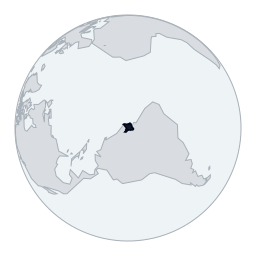 the Earth from above Amapá, rotated 291°
{"feature_id": "BRA-681", "entity_name": "Amapá", "entity_type": "State", "adm_level": 1, "iso_a3": "BRA", "parent_name": "Brazil", "parent_adm1": "", "projection": "orthographic", "projection_center": [-52.454, 1.611], "detail": "fine", "context": "on_globe", "style": "filled", "palette": "ink", "viewbox_px": 256, "rotation_deg": 291, "n_neighbors": 0, "source": "natural_earth", "source_scale": "10m", "svg_char_len": 9842}
<svg xmlns="http://www.w3.org/2000/svg" viewBox="0 0 256 256"><g transform="rotate(291 128 128)"><circle cx="128" cy="128" r="113" fill="#eef3f6" stroke="#a8b0b8"/><path d="M90.6,21.8L87.7,23.1L91.5,22.1L91.9,24.7L94.1,23.8L95.7,24.7L98.8,24.0L98.0,25.0L101.2,23.7L101.3,22.9L102.8,22.1L104.7,21.8L103.9,22.9L102.9,23.2L103.7,23.4L102.5,24.2L104.1,23.6L103.0,25.2L106.9,23.2L108.3,24.1L106.8,25.3L103.4,25.8L91.5,30.8L89.0,32.7L88.8,34.8L96.0,37.2L94.7,39.4L95.5,42.0L97.8,40.3L98.0,37.8L102.6,35.7L102.4,33.2L104.2,32.1L105.3,29.6L109.0,29.5L111.9,30.9L111.2,33.1L112.4,33.9L116.3,31.7L117.9,36.0L124.1,39.6L124.1,41.0L118.5,43.4L110.6,43.4L103.4,47.9L112.0,44.7L111.8,48.8L113.4,49.5L115.6,49.3L117.2,47.8L118.0,49.3L109.8,52.7L109.0,51.3L111.6,50.2L107.9,50.4L102.3,53.3L102.7,55.4L93.9,58.6L94.1,60.3L92.3,62.2L92.6,59.2L91.8,64.9L81.6,71.6L80.3,82.6L77.4,74.2L73.7,73.3L69.2,73.6L68.9,75.3L63.3,74.3L57.4,78.2L53.8,87.1L54.7,93.8L61.0,93.9L63.5,90.0L68.5,89.1L63.6,99.6L72.1,101.0L70.5,109.0L72.8,113.1L77.4,112.0L82.0,113.9L85.8,109.2L91.6,106.7L91.3,113.2L94.9,107.2L98.0,110.4L109.9,110.1L108.9,111.6L118.8,119.4L130.2,122.9L132.9,127.8L131.5,130.7L135.5,131.6L135.6,133.6L152.3,136.7L161.2,141.7L161.1,148.6L154.1,156.4L148.8,172.9L136.6,178.2L134.1,184.8L125.8,194.2L118.3,193.4L121.2,198.1L117.6,200.9L112.9,201.0L112.8,204.3L109.4,204.3L112.2,206.4L107.8,210.5L110.4,213.9L107.5,217.1L109.4,219.0L107.8,218.9L106.6,219.6L106.9,220.7L101.6,218.8L98.8,214.5L99.6,212.3L97.6,211.9L99.2,206.1L97.4,207.3L95.6,198.4L97.1,190.9L95.8,168.9L93.0,164.5L84.4,159.3L74.1,142.8L76.4,136.0L74.3,132.9L81.1,123.3L79.6,114.5L77.3,113.3L74.8,116.6L67.2,111.2L65.1,104.6L44.8,94.6L43.4,91.4L44.4,86.1L43.2,69.9L41.2,85.3L39.6,82.3L39.5,76.9L40.9,75.5L42.5,67.7L41.9,65.0L46.3,55.9L56.5,44.7L55.9,46.3L58.4,43.7L59.3,41.8L59.3,41.2L69.1,32.6L72.8,29.8L81.5,25.4L90.6,21.8ZM79.1,86.4L88.9,91.7L82.7,92.4L84.0,91.4L81.7,89.2L77.1,87.2L71.8,88.5L79.1,86.4ZM84.8,80.2L83.1,79.8L84.9,79.7L84.8,80.2ZM58.9,41.3L59.1,42.0L57.4,44.3L57.0,43.9L58.9,41.3ZM62.4,37.4L63.1,37.1L60.3,39.4L60.7,38.8L62.4,37.4ZM103.3,29.9L104.3,29.8L103.5,30.3L103.3,29.9ZM102.8,29.0L101.2,29.7L100.8,29.4L101.7,29.0L102.8,29.0ZM104.9,28.3L100.1,28.8L99.4,28.4L102.5,26.4L104.9,28.3ZM100.6,22.8L100.5,23.6L98.9,23.4L100.6,22.8ZM99.2,22.9L92.0,23.8L93.1,22.7L95.2,22.5L95.2,21.6L99.3,20.6L100.2,20.8L98.7,21.7L101.4,20.7L99.2,22.9ZM103.3,21.8L101.7,22.0L102.5,21.0L105.8,20.5L104.5,21.0L103.3,21.8ZM93.2,21.9L94.4,21.3L98.0,20.2L98.9,19.9L99.4,20.5L93.2,21.9ZM105.2,21.0L107.4,20.3L108.7,20.5L104.8,21.6L105.2,21.0ZM101.4,21.0L101.9,20.6L102.7,20.6L101.4,21.0ZM114.6,21.3L112.7,21.3L113.0,20.7L114.6,21.3ZM108.1,20.1L107.6,20.0L107.5,19.9L109.2,19.5L108.1,20.1ZM101.9,19.8L103.2,19.6L101.9,19.5L104.5,18.9L104.4,19.4L105.6,18.9L106.4,18.8L105.4,19.5L101.9,19.8ZM110.5,18.7L111.3,19.6L114.7,19.6L114.5,20.0L109.1,20.0L110.5,18.7ZM107.6,19.1L109.4,18.9L108.3,19.4L106.4,19.9L107.6,19.1ZM106.4,18.3L102.4,19.1L102.5,18.9L106.4,18.3ZM111.7,18.6L111.5,18.4L112.1,18.5L111.7,18.6ZM108.3,18.2L106.8,18.5L107.1,18.3L108.3,18.2ZM112.3,17.9L112.5,18.2L111.3,18.4L112.3,17.9ZM110.6,18.0L111.3,17.7L110.7,18.4L109.9,18.1L110.6,18.0ZM108.7,18.0L108.4,18.0L109.3,18.0L108.7,18.0ZM117.0,17.1L116.5,17.8L113.7,18.3L114.6,17.4L117.0,17.1ZM110.8,222.6L102.3,219.5L106.9,220.9L109.0,219.3L113.8,221.7L110.8,222.6ZM117.4,218.5L120.5,217.6L121.5,218.1L119.7,218.9L117.4,218.5ZM209.0,49.8L207.3,48.1L204.4,45.2L205.8,46.7L207.5,48.3L208.4,49.4L206.9,48.1L205.9,47.1L204.9,46.5L209.7,52.2L212.0,54.4L211.1,55.9L214.7,59.8L215.5,61.8L209.7,56.0L208.0,53.8L199.6,48.3L201.3,50.6L209.4,56.2L208.2,55.8L210.6,59.6L207.9,56.5L198.7,50.4L195.9,52.4L197.5,62.4L194.8,63.6L190.1,62.3L184.2,52.9L191.0,51.2L189.0,48.4L183.1,44.8L185.7,44.8L184.1,43.3L186.3,42.8L184.8,39.0L186.3,38.4L181.5,34.3L181.6,33.6L184.4,36.1L187.2,37.7L190.4,37.0L189.7,36.1L186.3,33.6L187.6,33.9L183.9,31.7L183.7,30.7L180.9,30.2L176.8,27.9L174.3,26.1L172.5,25.4L176.6,28.4L178.6,29.7L181.2,30.9L186.4,35.2L186.2,36.1L178.9,31.7L177.9,32.8L172.6,29.4L164.9,22.7L163.8,21.6L171.1,23.9L173.8,25.1L172.5,24.7L177.6,26.9L175.3,25.8L176.4,26.3L174.2,25.3L181.8,29.1L189.2,33.4L196.2,38.4L202.8,43.8L209.0,49.8ZM231.5,83.5L227.3,75.2L226.1,72.9L225.9,72.7L225.7,72.2L227.6,75.9L225.3,72.2L232.4,85.9L234.7,92.1L235.1,93.2L237.3,100.8L238.9,108.5L240.0,116.4L240.6,124.3L240.6,132.2L240.0,140.1L238.9,148.0L237.2,155.7L235.0,163.3L233.9,166.3L230.7,174.1L229.1,177.1L226.8,181.6L223.6,186.6L219.5,191.4L216.1,192.0L218.5,188.0L220.8,180.3L225.1,161.6L228.7,152.7L229.5,146.1L226.7,131.7L227.5,123.4L226.1,120.2L223.6,121.3L221.7,117.4L219.9,117.5L206.7,121.7L201.0,116.9L190.2,101.9L191.4,95.4L188.7,88.4L194.3,64.0L198.8,64.8L207.0,60.9L208.7,61.5L211.3,66.6L220.3,72.1L219.0,67.7L223.6,70.6L224.4,70.2L218.3,60.8L217.0,61.2L213.3,56.9L211.5,52.8L212.0,53.0L217.8,60.0L223.0,67.4L227.6,75.3L231.5,83.5ZM196.3,75.7L197.0,77.7L197.0,77.8L196.3,75.7ZM110.3,110.0L111.6,111.3L109.7,111.3L110.3,110.0ZM81.6,95.1L83.8,95.2L84.8,96.2L83.1,96.5L81.6,95.1ZM101.0,95.1L103.7,95.7L100.8,96.2L101.0,95.1ZM90.5,92.4L98.8,95.0L93.1,96.8L87.9,95.4L91.7,94.8L90.5,92.4ZM83.2,83.8L84.5,84.2L83.9,85.3L83.2,83.8ZM86.2,80.2L85.6,80.3L85.1,79.4L86.2,80.2ZM112.3,48.6L112.9,48.4L115.1,48.6L113.8,49.2L112.3,48.6ZM126.3,45.7L127.2,48.3L125.6,46.8L124.0,48.0L118.8,46.6L123.8,41.7L122.5,44.0L126.3,45.7ZM113.3,43.8L116.0,44.9L112.8,43.9L113.3,43.8ZM173.4,36.9L175.6,37.5L176.9,39.2L175.0,40.9L173.1,38.4L173.4,36.9ZM178.4,38.1L171.6,33.9L172.5,32.9L173.2,34.1L174.5,33.9L175.8,35.8L183.3,39.5L184.9,41.3L180.5,42.9L181.0,41.3L178.9,40.6L178.4,38.1ZM152.8,27.6L149.9,26.6L155.7,25.8L157.7,26.9L156.0,28.4L152.5,28.0L152.8,27.6ZM111.3,25.1L109.8,25.4L110.0,25.0L111.4,24.5L111.3,25.1ZM113.7,21.3L118.0,23.8L116.5,24.2L120.8,25.7L118.5,27.3L115.8,26.2L117.3,28.7L114.0,28.4L115.4,30.1L109.7,27.5L106.7,27.5L110.8,26.8L113.0,25.3L113.0,24.7L110.9,23.0L105.7,22.8L107.0,21.5L109.3,20.7L110.7,20.6L109.4,21.4L112.3,20.7L111.6,21.7L113.7,21.3ZM135.5,16.7L133.4,16.8L139.0,17.1L138.3,17.5L139.0,17.5L139.9,18.1L142.2,18.9L141.3,19.1L142.6,19.3L143.2,19.9L144.6,20.3L143.6,20.9L145.3,21.6L143.9,21.6L147.0,22.7L144.2,22.2L144.8,23.0L147.2,23.0L138.2,26.9L136.7,29.4L136.9,32.0L132.0,31.2L128.7,28.5L126.8,25.4L129.1,23.3L126.5,23.6L126.8,22.7L128.7,22.9L125.9,22.1L126.7,21.5L125.0,19.8L120.5,19.5L119.8,19.0L121.9,18.8L119.7,18.5L123.2,17.9L122.8,17.6L125.9,16.9L130.3,17.0L129.4,16.7L131.7,16.4L135.5,16.7ZM118.0,16.9L123.4,16.5L125.6,16.7L119.4,17.9L119.3,18.2L115.3,19.3L112.1,19.1L113.6,18.8L114.2,18.4L114.9,18.6L114.8,18.2L116.8,17.8L117.2,17.5L118.8,17.4L118.0,16.9ZM208.3,59.5L209.2,59.6L210.0,59.3L211.6,61.8L208.3,59.5ZM202.1,55.4L202.6,55.0L205.2,58.0L204.3,58.1L202.1,55.4ZM200.6,52.3L202.4,54.7L200.9,53.4L200.6,52.3ZM184.6,35.7L184.8,35.3L185.7,35.8L186.6,36.8L184.6,35.7ZM152.1,18.6L150.5,18.4L150.0,18.2L146.0,17.5L146.2,17.3L148.7,17.7L152.1,18.6ZM219.4,62.5L220.5,64.3L219.8,63.5L219.5,63.0L219.4,62.5ZM216.8,62.9L218.4,63.9L217.2,63.6L216.8,62.9ZM151.6,18.3L150.0,17.9L151.1,18.1L151.6,18.3ZM146.2,17.1L147.1,17.2L145.8,17.2L146.2,17.1ZM147.0,17.0L146.3,16.9L146.0,16.8L147.0,17.0Z" fill="#d9dde1" stroke="#a8b0b8" stroke-width="1"/><path d="M123.5,126.3L123.6,126.5L123.8,126.6L124.0,126.8L124.3,126.9L124.6,126.9L124.7,127.0L124.8,127.0L124.8,126.9L125.0,126.9L125.1,126.7L125.3,126.6L125.5,126.5L125.8,126.7L126.0,126.7L126.3,126.5L126.5,126.7L126.5,126.8L126.4,126.8L126.7,126.8L126.8,126.9L127.0,126.9L127.2,126.7L127.3,126.7L127.5,126.5L127.6,126.4L127.7,126.2L127.8,126.1L127.8,125.9L128.0,125.5L128.1,125.4L128.2,125.1L128.3,124.9L128.7,124.3L128.9,124.1L128.9,123.9L129.0,123.8L129.0,123.7L129.3,123.5L129.3,123.3L129.5,123.2L129.7,122.9L129.8,122.9L129.8,123.0L130.0,123.4L129.9,123.1L129.8,122.8L129.8,122.6L129.8,122.4L130.1,122.6L130.3,122.8L130.4,123.0L130.5,123.1L130.5,123.3L130.5,123.7L130.5,123.9L130.5,124.0L130.5,123.8L130.6,123.6L130.7,123.8L130.7,124.3L130.7,124.5L130.8,124.8L130.8,125.0L130.9,125.4L131.0,125.5L131.1,125.8L131.2,126.1L131.2,126.3L131.2,126.2L131.3,126.3L131.4,126.5L131.4,126.8L131.5,126.8L131.4,127.0L131.3,126.9L131.3,127.0L131.5,127.0L131.7,127.3L131.8,127.4L131.8,127.5L132.0,127.6L132.3,127.6L132.5,127.6L132.8,127.7L132.9,127.8L133.0,127.8L133.0,128.0L133.1,128.4L133.1,128.5L132.9,128.7L132.6,128.8L132.8,128.8L133.0,128.8L132.9,129.0L132.7,129.2L132.5,129.3L132.3,129.5L132.2,129.6L131.9,129.9L131.8,130.1L131.6,130.4L131.5,130.6L131.3,130.8L131.1,130.8L130.9,130.9L130.8,131.0L130.7,131.2L130.5,131.3L130.4,131.3L130.2,131.3L130.3,131.4L130.2,131.6L130.1,131.8L130.0,132.0L129.9,132.2L129.7,132.2L129.8,132.2L129.7,132.3L129.8,132.3L129.8,132.2L129.8,132.3L129.7,132.4L129.6,132.5L129.4,132.9L129.5,133.1L129.4,133.2L129.3,133.3L129.2,133.4L128.9,133.4L128.9,133.5L128.7,133.5L128.7,133.4L128.4,133.4L128.2,133.3L128.2,133.2L128.1,132.9L127.9,132.9L127.9,132.7L127.9,132.4L127.7,132.4L127.6,132.2L127.7,131.9L127.3,131.6L127.2,131.6L127.0,131.2L126.9,131.2L126.9,130.9L126.8,130.7L126.7,130.4L126.7,130.2L126.7,129.9L126.7,129.7L126.4,129.6L126.2,129.4L126.1,129.2L126.0,128.9L126.1,128.7L125.9,128.7L125.7,128.5L125.6,128.4L125.4,128.4L125.2,128.4L125.0,128.2L124.9,128.2L124.7,128.0L124.8,128.0L124.7,128.0L124.7,127.9L124.4,127.8L124.3,127.7L124.2,127.7L123.9,127.7L123.6,127.7L123.5,127.3L123.4,127.2L123.5,127.1L123.4,127.0L123.4,126.9L123.5,126.9L123.6,126.7L123.5,126.4L123.4,126.3L123.5,126.3ZM131.9,127.0L132.0,127.0L132.2,127.3L132.1,127.5L131.9,127.5L131.9,127.3L131.8,127.2L131.9,127.0ZM132.6,129.7L132.3,129.7L132.5,129.4L132.8,129.4L132.7,129.6L132.6,129.7ZM132.7,129.3L132.7,129.2L132.8,129.2L133.0,129.1L132.9,129.2L132.8,129.3L132.7,129.3ZM131.8,127.0L131.7,126.9L131.8,126.9L132.0,126.9L132.0,127.0L131.9,127.0L131.8,127.0Z" fill="#0f172a" stroke="#020617" stroke-width="1.5"/></g></svg>